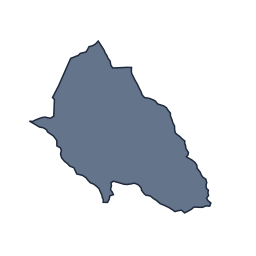 the district of Duartina, São Paulo, Brazil, rotated 283°
{"feature_id": "56859067B62482372645698", "entity_name": "Duartina", "entity_type": "district", "adm_level": 2, "iso_a3": "BRA", "parent_name": "Brazil", "parent_adm1": "São Paulo", "projection": "equal_earth", "projection_center": [-49.423, -22.399], "detail": "fine", "context": "isolated", "style": "filled", "palette": "slate", "viewbox_px": 256, "rotation_deg": 283, "n_neighbors": 0, "source": "geoboundaries", "source_scale": "gbopen_adm2", "svg_char_len": 1959}
<svg xmlns="http://www.w3.org/2000/svg" viewBox="0 0 256 256"><g transform="rotate(283 128 128)"><path d="M112.5,30.4L111.1,35.1L109.9,38.9L109.0,41.5L109.2,45.4L107.9,49.1L106.1,50.4L104.9,53.4L103.6,56.8L102.1,58.8L99.7,61.5L96.6,62.2L94.5,62.8L93.5,66.5L91.3,68.1L87.4,68.1L83.9,70.1L81.2,73.7L79.7,77.0L77.8,79.7L77.1,84.2L74.4,86.3L71.7,88.4L71.6,94.4L70.1,98.3L68.1,100.7L66.2,103.5L65.6,107.2L64.2,110.3L62.4,113.4L60.5,114.8L58.7,116.1L56.7,117.7L54.7,118.5L52.6,120.1L50.0,120.5L50.9,124.8L54.4,125.7L57.7,125.5L59.8,128.8L62.0,127.1L64.0,124.8L68.0,124.9L70.7,123.7L72.9,125.7L72.7,130.5L72.3,136.5L72.6,139.3L73.9,142.8L75.7,146.7L75.0,150.8L72.8,154.1L70.3,155.3L68.0,158.0L66.6,160.3L66.8,165.1L65.0,168.6L64.0,171.6L61.5,176.4L60.8,180.8L59.7,185.7L58.4,189.5L57.1,192.5L58.5,195.0L60.0,198.6L58.0,202.3L60.3,205.0L62.9,207.9L65.8,210.1L66.6,214.5L67.5,218.5L69.6,221.4L70.2,225.2L73.6,225.6L75.2,222.3L77.4,220.3L80.3,221.7L82.9,220.4L85.5,220.3L86.8,218.0L89.7,216.9L92.5,217.0L95.6,215.4L97.0,211.8L98.8,209.9L101.3,208.2L104.2,204.5L107.4,203.3L109.5,201.0L111.3,197.2L112.2,194.1L113.1,191.3L115.2,192.5L117.7,192.4L120.9,189.1L124.1,187.9L125.9,186.6L128.1,186.3L129.4,183.5L131.4,180.3L132.5,177.7L133.8,175.3L136.4,174.0L140.6,172.8L143.0,170.6L145.6,169.2L149.2,166.7L152.1,165.9L154.2,163.1L156.4,160.9L157.6,157.7L158.1,151.5L160.4,148.6L161.1,146.1L161.7,141.8L161.3,137.4L163.4,134.3L166.3,132.5L170.6,128.9L172.7,127.3L176.6,123.7L179.4,121.4L181.6,119.5L184.0,118.5L187.8,117.8L186.8,113.0L185.5,108.5L184.0,103.1L183.1,99.5L185.3,97.2L187.3,96.3L189.2,95.5L191.3,92.9L193.9,91.1L195.6,89.2L198.4,87.2L200.8,84.8L206.0,79.4L202.5,77.4L200.2,75.0L198.5,71.7L195.6,71.0L192.7,70.0L191.2,67.2L190.0,64.7L187.5,63.2L186.0,60.9L184.5,58.8L183.0,56.5L153.7,50.9L140.7,47.6L139.2,49.9L122.7,53.0L120.0,50.0L120.0,45.0L119.0,42.1L117.0,38.9L114.8,35.8L113.0,33.7L112.5,30.4Z" fill="#64748b" stroke="#1e293b" stroke-width="1.5"/></g></svg>